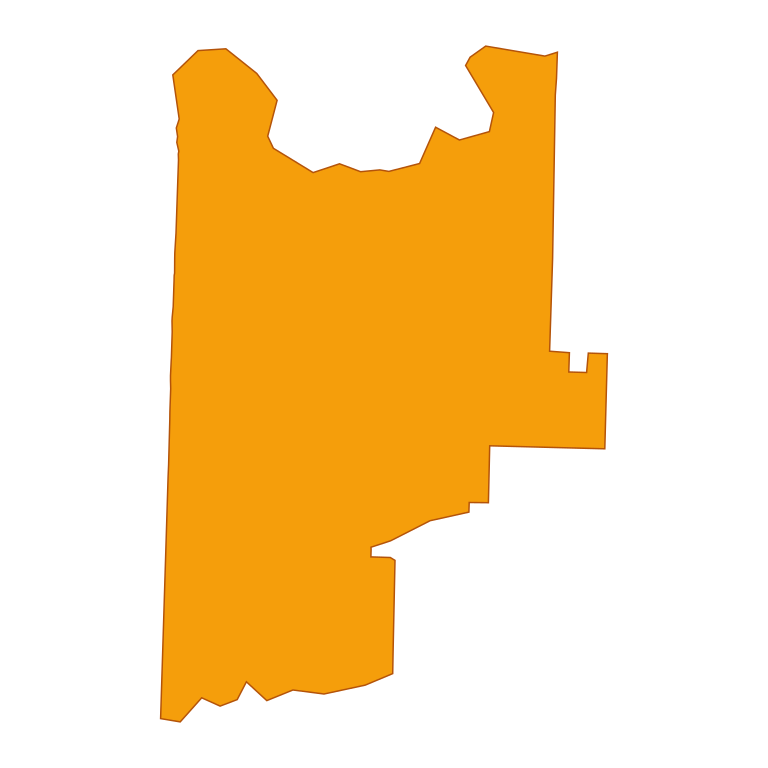 outline of Sebastian, Arkansas, United States of America
{"feature_id": "52423323B741493038537", "entity_name": "Sebastian", "entity_type": "district", "adm_level": 2, "iso_a3": "USA", "parent_name": "United States of America", "parent_adm1": "Arkansas", "projection": "orthographic", "projection_center": [-94.303, 35.191], "detail": "fine", "context": "isolated", "style": "filled", "palette": "amber", "viewbox_px": 768, "rotation_deg": 0, "n_neighbors": 0, "source": "geoboundaries", "source_scale": "gbopen_adm2", "svg_char_len": 1201}
<svg xmlns="http://www.w3.org/2000/svg" viewBox="0 0 768 768"><path d="M160.6,718.6L180.2,721.9L201.7,697.8L220.1,706.1L237.2,699.6L246.4,681.8L266.8,700.6L292.9,690.0L324.0,694.0L365.3,685.1L392.7,673.6L393.1,651.0L395.0,560.4L390.3,557.5L370.9,556.9L371.1,549.6L371.0,547.2L390.6,540.8L430.1,520.7L468.9,512.1L469.2,502.5L488.4,502.7L489.7,445.8L604.8,448.8L607.3,355.9L607.4,353.7L588.3,353.1L586.6,372.5L568.8,372.0L569.4,352.7L549.6,351.2L552.6,258.7L555.3,95.1L556.5,78.4L557.4,52.2L544.9,56.1L485.7,46.1L470.1,57.2L465.6,65.5L493.6,112.5L489.4,131.6L459.4,140.0L435.6,127.2L419.6,163.5L388.9,171.4L379.8,169.9L360.6,171.7L339.5,163.8L313.1,172.6L273.4,148.3L267.7,136.2L277.1,100.3L256.8,73.5L225.9,48.8L198.0,50.6L172.8,74.9L179.2,119.0L179.0,119.6L178.2,122.2L176.3,128.0L176.5,129.2L177.6,136.6L176.8,142.4L178.8,151.2L178.3,154.0L178.5,159.9L176.0,233.3L174.8,252.9L174.7,258.1L174.6,273.2L174.2,275.3L174.1,278.5L174.1,279.2L173.2,306.8L172.2,317.1L172.0,320.9L172.2,331.8L171.4,357.7L171.2,360.9L170.5,375.6L170.5,380.4L170.7,388.7L170.0,408.8L169.9,412.4L169.8,419.7L168.6,464.8L168.1,476.6L165.8,551.1L162.4,660.9L160.6,718.6Z" fill="#f59e0b" stroke="#b45309" stroke-width="1.5"/></svg>